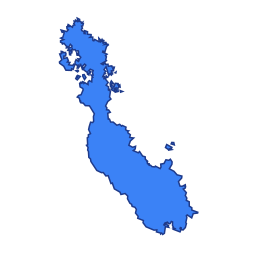 outline of Lalmonirhat, Bangladesh, rotated 12°
{"feature_id": "16705992B84214314165922", "entity_name": "Lalmonirhat", "entity_type": "district", "adm_level": 2, "iso_a3": "BGD", "parent_name": "Bangladesh", "parent_adm1": "", "projection": "mercator", "projection_center": [89.252, 26.122], "detail": "fine", "context": "isolated", "style": "filled", "palette": "blue", "viewbox_px": 256, "rotation_deg": 12, "n_neighbors": 0, "source": "geoboundaries", "source_scale": "gbopen_adm2", "svg_char_len": 5602}
<svg xmlns="http://www.w3.org/2000/svg" viewBox="0 0 256 256"><g transform="rotate(12 128 128)"><path d="M190.7,163.8L185.7,163.6L182.0,160.8L176.9,159.3L178.5,154.4L178.2,152.0L175.9,149.7L174.7,151.1L171.7,151.2L170.6,155.2L167.5,156.5L168.4,159.3L167.9,161.0L162.7,159.6L162.4,160.5L159.4,160.8L157.8,159.7L156.6,160.1L155.5,159.3L156.7,158.5L154.4,158.7L153.7,156.7L153.0,157.4L154.0,156.4L151.5,155.0L150.8,152.6L148.1,152.4L144.2,148.6L143.2,150.1L137.8,149.0L139.4,147.0L139.2,144.3L136.6,145.9L132.4,144.7L133.0,140.2L135.6,136.6L131.6,136.9L131.7,134.1L129.0,132.8L128.5,131.5L129.2,130.7L126.9,130.7L125.9,129.7L125.9,127.6L121.9,126.7L121.3,127.5L119.1,126.1L116.5,127.6L112.3,125.3L109.8,125.8L108.0,123.1L106.9,123.4L105.1,117.8L107.4,116.3L105.3,114.4L103.2,114.6L103.2,112.7L101.5,111.2L102.7,106.3L105.3,103.2L103.5,101.6L103.2,95.5L101.4,95.0L101.7,94.0L100.8,94.4L100.4,91.8L97.7,90.7L99.1,87.6L95.0,84.2L94.2,84.6L94.2,82.5L92.7,83.0L93.3,80.4L94.5,79.5L93.5,79.0L94.5,77.3L92.4,75.9L93.8,72.6L98.3,80.7L98.9,78.8L101.0,77.5L99.7,76.6L100.7,76.8L100.5,75.6L99.1,75.6L101.9,75.0L101.6,73.3L100.2,73.4L101.9,72.9L102.0,71.3L99.9,71.7L98.9,71.1L100.0,70.7L98.7,70.7L95.9,71.8L95.2,69.8L92.8,70.4L91.8,68.7L90.5,71.3L88.5,70.7L93.0,66.6L92.0,65.7L92.1,62.8L90.9,61.9L92.2,60.2L87.4,59.1L87.5,58.0L89.6,58.2L90.1,52.6L91.5,50.8L90.9,50.2L87.8,51.2L89.2,49.7L88.6,48.9L86.3,49.5L85.9,50.9L86.1,49.5L84.2,48.4L83.5,49.3L83.1,48.2L81.8,49.7L77.0,48.3L76.5,49.8L75.5,49.7L74.6,46.4L71.9,47.2L72.8,46.0L72.5,44.3L68.8,44.7L68.4,42.2L65.3,41.8L66.5,44.6L65.4,44.7L65.0,43.0L62.5,42.3L61.9,41.1L62.7,39.9L61.4,38.0L62.5,37.5L62.6,35.0L61.4,35.1L61.6,34.1L60.7,35.0L60.5,34.1L58.2,33.7L58.1,31.8L55.5,31.1L56.5,33.4L58.0,33.5L56.8,34.5L54.3,33.4L54.5,34.5L53.0,34.6L53.8,36.0L53.2,37.1L54.4,38.3L52.9,39.0L52.7,41.0L47.9,39.2L47.8,40.4L49.8,40.8L47.1,41.7L47.7,43.7L49.2,44.3L48.0,46.4L42.2,46.1L43.7,48.2L45.2,47.4L45.8,48.2L45.4,52.7L43.5,54.1L46.7,54.9L43.9,56.7L44.2,58.1L46.7,58.7L45.9,59.9L47.9,58.5L50.7,60.8L53.2,61.1L54.2,58.1L56.2,59.4L56.1,60.6L53.7,62.0L53.0,64.5L54.8,63.8L56.4,64.6L54.5,64.9L55.6,68.5L56.7,68.5L56.5,66.8L57.5,66.1L56.4,63.3L57.0,62.1L57.8,63.1L59.9,62.3L61.1,63.6L63.1,62.8L63.6,63.3L64.3,66.0L62.2,65.3L63.0,67.4L65.0,67.1L67.1,68.6L66.3,70.7L64.7,70.7L66.1,72.4L65.6,73.3L63.0,71.9L62.5,74.2L63.0,76.9L64.9,76.9L65.6,78.0L66.3,77.2L65.8,79.9L66.9,79.8L68.6,75.8L71.2,80.1L72.1,78.9L70.6,77.0L72.3,74.5L73.7,75.3L72.0,80.0L76.0,81.9L77.4,81.2L76.5,82.1L77.2,83.8L78.5,84.2L78.0,83.0L79.3,82.9L79.9,80.5L79.2,80.4L79.1,82.1L78.9,80.3L77.7,80.0L78.8,78.3L82.0,79.0L81.7,81.1L82.9,83.4L80.9,83.9L83.1,85.7L82.3,86.4L82.9,90.4L80.3,89.7L79.3,91.5L79.9,93.8L76.5,92.7L75.7,93.5L75.4,92.4L74.0,92.1L73.9,93.1L72.4,92.9L71.4,94.4L72.6,97.8L75.5,98.7L76.2,100.0L75.2,105.2L73.0,106.3L71.9,108.3L74.2,108.9L75.5,111.9L76.5,111.0L75.9,112.0L76.5,113.1L79.1,113.0L81.6,115.0L85.7,114.3L92.1,121.1L91.8,124.0L93.0,128.6L92.3,130.0L90.2,130.1L89.8,134.5L89.8,137.7L92.5,141.3L90.6,142.9L91.2,145.0L90.2,146.0L92.0,152.8L91.0,153.5L93.0,155.3L93.1,157.9L94.2,159.2L95.8,164.9L97.7,166.0L98.7,168.5L106.3,176.0L111.3,177.2L113.1,176.7L116.3,179.5L118.5,178.7L122.9,185.9L124.1,185.1L127.3,190.4L133.5,192.4L134.9,194.5L138.8,192.7L141.9,194.6L142.2,197.3L145.5,201.2L147.4,201.9L148.3,203.8L151.3,204.1L153.1,205.9L153.0,209.6L156.3,212.3L156.3,214.3L162.3,215.3L162.4,217.5L166.2,220.9L174.7,222.5L177.4,221.7L177.4,223.7L181.8,224.0L182.0,224.8L182.9,223.8L184.1,224.9L185.5,223.4L185.1,216.8L188.3,216.7L187.5,216.1L188.0,215.5L187.9,215.0L186.9,215.3L186.0,213.8L184.2,214.5L184.3,215.6L183.2,215.3L183.9,213.2L186.2,211.9L187.9,213.2L189.1,212.7L189.8,210.4L191.1,210.6L191.8,214.1L193.0,215.5L192.6,216.5L194.7,216.6L193.6,217.7L200.5,218.8L201.0,216.2L199.8,215.7L199.9,214.5L200.7,214.5L201.3,216.3L203.1,216.3L204.8,213.5L205.0,209.2L204.2,208.6L204.2,203.4L203.3,201.6L204.0,200.7L209.0,202.7L209.6,198.2L213.8,196.7L213.8,195.9L207.5,195.0L207.0,192.7L204.2,191.7L203.2,187.4L200.1,186.7L200.1,184.3L198.1,182.2L198.5,179.1L194.7,176.2L196.5,174.8L196.5,173.4L195.2,172.8L196.1,172.4L195.8,171.6L193.1,173.8L190.9,174.0L188.5,169.9L190.9,165.8L190.7,163.8ZM73.6,93.6L72.8,94.1L72.6,93.6L73.6,93.6ZM48.3,66.9L46.7,66.9L47.3,69.2L45.8,69.8L49.1,75.0L47.2,77.7L47.7,78.9L52.3,80.9L55.2,84.4L60.8,83.4L60.5,81.7L62.2,82.0L62.7,77.2L61.7,76.8L60.7,78.4L56.8,78.5L57.6,75.9L54.9,76.1L55.7,74.5L53.8,71.8L50.8,73.4L50.3,71.0L52.0,70.5L51.9,68.2L51.1,67.1L48.3,68.0L48.3,66.9ZM104.9,87.9L101.9,85.4L101.2,88.0L102.4,91.2L104.4,92.2L103.6,93.8L107.1,95.0L107.2,93.1L106.2,92.7L108.0,91.2L108.9,94.5L107.5,95.9L110.8,94.3L109.7,91.0L110.8,89.9L110.0,88.8L111.7,89.4L111.0,87.5L110.1,88.4L109.1,86.6L106.3,86.9L105.6,91.5L105.2,90.0L103.0,90.0L102.9,88.0L104.9,87.9ZM175.0,137.8L169.3,136.1L168.7,139.3L171.8,140.6L173.2,139.6L172.8,141.0L175.3,140.0L174.6,139.8L175.0,137.8ZM70.6,87.5L68.0,87.0L67.9,89.9L67.9,87.6L67.2,87.7L66.6,90.6L68.4,91.5L70.6,87.5ZM74.0,84.8L72.7,85.4L73.0,86.8L75.4,89.7L76.4,87.4L74.0,84.8ZM175.8,132.7L173.8,133.0L173.5,134.6L176.8,134.9L175.8,132.7ZM67.0,83.6L67.7,82.5L66.9,81.8L65.1,82.8L67.0,83.6ZM97.5,82.5L95.9,81.5L95.7,83.9L97.5,82.5ZM115.1,93.4L112.6,93.0L113.3,94.5L115.1,93.4ZM81.3,47.9L82.2,47.2L80.8,46.2L81.3,47.9ZM52.1,62.1L51.0,61.4L51.0,62.5L52.1,62.1ZM85.5,48.1L86.2,47.8L86.2,46.8L85.5,48.1ZM100.6,78.1L101.6,78.3L101.5,77.7L100.6,78.1ZM83.9,47.9L84.6,47.2L84.2,46.7L83.9,47.9ZM104.6,76.7L104.6,75.8L103.9,76.6L104.6,76.7ZM100.8,79.2L100.2,79.5L100.8,79.7L100.8,79.2Z" fill="#3b82f6" stroke="#1e3a8a" stroke-width="1.5"/></g></svg>